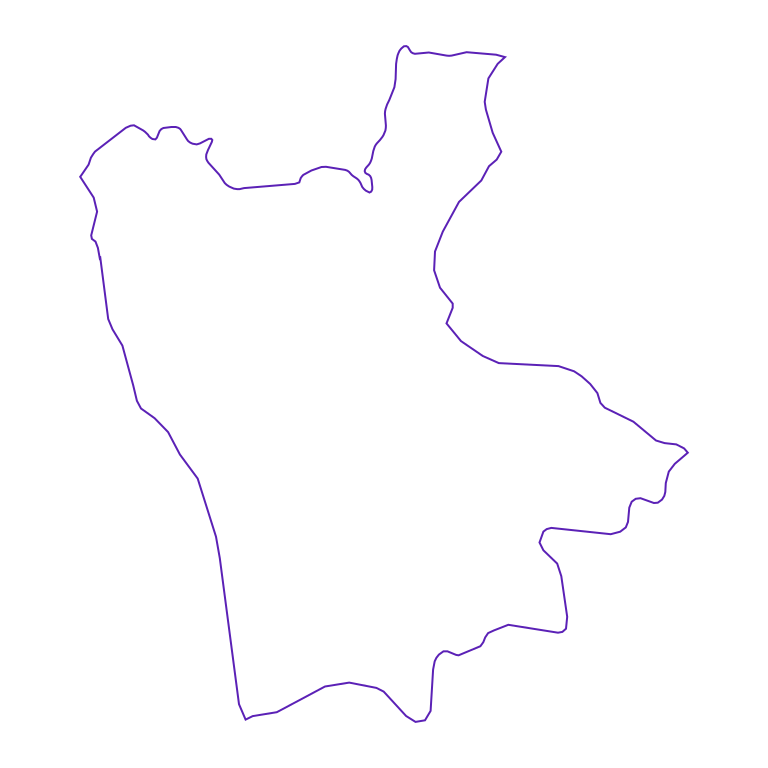 SVG path tracing the border of Cosenza
{"feature_id": "ITA-5391", "entity_name": "Cosenza", "entity_type": "Province", "adm_level": 1, "iso_a3": "ITA", "parent_name": "Italy", "parent_adm1": "", "projection": "orthographic", "projection_center": [16.346, 39.592], "detail": "fine", "context": "isolated", "style": "outline", "palette": "violet", "viewbox_px": 768, "rotation_deg": 0, "n_neighbors": 0, "source": "natural_earth", "source_scale": "10m", "svg_char_len": 2885}
<svg xmlns="http://www.w3.org/2000/svg" viewBox="0 0 768 768"><path d="M505.0,57.1L497.7,63.8L488.4,78.4L484.7,101.8L485.9,109.6L492.7,132.8L501.3,151.7L496.7,159.6L489.0,166.2L481.3,180.5L459.0,201.9L442.8,231.6L435.0,251.5L434.1,270.3L440.0,287.7L452.7,303.6L452.7,307.8L446.5,323.4L461.0,341.1L482.8,356.0L498.8,363.1L558.5,366.1L574.1,371.3L581.6,376.3L590.2,384.0L597.4,393.1L600.4,402.9L604.8,407.7L633.4,421.7L656.0,440.5L664.6,443.1L676.3,444.4L684.1,448.4L687.8,452.7L674.8,463.8L668.8,471.6L665.8,483.0L665.3,492.0L664.3,495.9L662.0,499.6L657.8,502.7L653.9,503.0L640.5,498.2L635.7,498.8L631.7,501.7L629.3,507.6L628.0,521.9L625.8,527.4L620.2,531.7L610.7,534.2L551.3,527.9L546.7,529.1L543.4,531.6L539.5,542.5L543.4,550.3L557.2,563.6L561.3,576.2L567.2,616.8L566.0,628.7L562.4,631.9L558.0,632.7L508.3,624.8L494.0,630.4L488.1,633.1L485.2,637.4L483.3,642.2L480.4,646.2L458.6,655.3L456.1,654.9L447.4,651.3L443.5,651.3L438.9,654.6L436.4,657.8L434.7,661.3L433.1,669.6L430.6,710.9L425.0,720.3L415.5,721.9L406.1,716.0L383.7,691.6L376.4,687.9L349.2,682.6L325.0,686.5L276.8,712.2L252.7,716.1L245.6,719.6L239.0,704.2L219.8,558.2L216.0,536.7L197.7,478.6L179.9,454.5L168.1,432.1L154.6,418.2L141.0,408.5L136.9,400.8L133.2,385.3L128.8,369.2L122.4,345.6L112.5,329.3L108.2,319.0L100.1,256.2L100.1,260.1L97.9,247.9L95.5,241.6L91.9,238.9L91.2,235.4L97.1,211.6L93.7,197.6L80.2,176.8L81.5,175.0L88.6,164.6L90.9,157.7L93.3,153.9L95.0,151.6L125.8,127.8L130.6,125.7L134.0,125.3L143.1,130.4L145.0,131.8L147.9,134.6L149.0,136.3L150.6,137.8L152.4,139.0L155.4,139.4L156.9,137.7L159.6,131.0L161.3,129.1L163.4,128.0L171.4,127.0L175.8,127.0L178.4,127.8L180.1,128.9L180.9,129.9L187.0,139.5L188.2,141.1L190.2,142.6L192.6,143.7L196.7,144.4L200.0,143.4L208.9,138.8L211.3,138.8L212.3,140.0L211.8,142.0L208.0,150.0L206.3,154.4L206.1,157.0L206.4,159.2L207.3,161.0L208.4,162.7L219.2,174.6L224.8,183.1L226.6,184.8L229.1,186.5L233.8,188.6L237.0,189.1L239.7,189.1L244.0,188.1L294.9,183.9L299.3,182.4L300.7,178.1L301.9,176.4L303.3,174.9L311.4,170.5L321.5,167.0L326.0,166.8L345.2,169.9L347.4,170.7L349.1,171.9L351.7,174.9L353.3,176.2L356.8,178.5L358.4,179.9L359.6,181.5L360.6,183.2L362.2,186.9L363.8,188.9L365.9,190.7L369.5,192.5L371.2,191.6L372.2,189.6L372.3,187.1L371.6,180.1L371.1,177.9L370.2,176.1L368.7,174.7L366.8,173.9L365.3,172.8L364.7,171.1L365.1,169.3L366.2,167.6L369.0,164.5L370.1,162.8L371.0,160.8L371.8,158.5L373.3,151.0L374.8,146.5L375.9,144.6L377.1,143.1L379.9,140.1L382.4,136.9L383.5,135.1L385.2,131.0L385.4,130.5L385.8,127.9L385.9,125.5L384.9,113.7L385.1,111.2L385.6,108.9L387.1,104.5L389.3,100.0L390.7,96.5L394.4,87.2L395.6,79.1L396.1,63.9L396.8,59.0L397.6,55.3L398.4,53.2L399.5,50.8L401.2,48.6L403.9,46.3L406.3,46.1L407.9,47.0L410.0,50.5L411.2,52.2L412.8,53.2L414.9,53.8L428.8,52.5L446.6,55.6L449.1,55.8L451.6,55.6L466.6,52.2L496.1,54.7L505.0,57.1Z" fill="none" stroke="#5b21b6" stroke-width="2"/></svg>